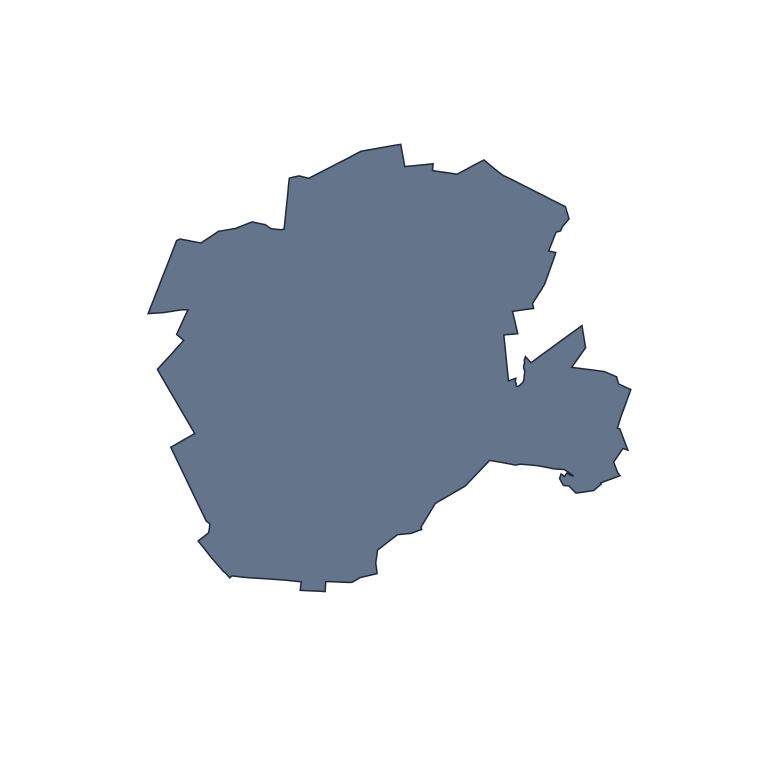 the district of Vectilžas pag., Balvu, Latvia, rotated 209°
{"feature_id": "27541924B22199662205944", "entity_name": "Vectilžas pag.", "entity_type": "district", "adm_level": 2, "iso_a3": "LVA", "parent_name": "Latvia", "parent_adm1": "Balvu", "projection": "albers", "projection_center": [27.36, 56.987], "detail": "fine", "context": "isolated", "style": "filled", "palette": "slate", "viewbox_px": 768, "rotation_deg": 209, "n_neighbors": 0, "source": "geoboundaries", "source_scale": "gbopen_adm2", "svg_char_len": 5643}
<svg xmlns="http://www.w3.org/2000/svg" viewBox="0 0 768 768"><g transform="rotate(209 384 384)"><path d="M563.4,510.4L563.3,510.2L561.2,505.6L559.0,500.5L556.4,494.2L551.6,483.1L546.6,471.3L546.4,470.9L547.1,470.6L547.6,470.1L548.4,469.3L548.7,469.1L549.8,468.6L553.3,467.1L554.0,466.8L554.4,466.7L554.8,466.5L556.3,465.8L557.8,465.2L558.0,465.1L558.3,465.1L558.5,465.1L560.8,465.3L563.0,465.6L565.4,465.8L566.5,465.3L571.8,463.7L577.8,461.9L578.2,461.6L579.6,459.9L580.8,458.4L582.0,456.9L582.4,456.4L582.8,455.9L583.6,455.0L584.4,454.1L585.7,452.4L587.1,450.8L588.3,449.3L589.5,447.8L591.6,446.3L592.8,445.3L600.9,438.7L602.7,437.5L607.1,428.8L608.2,426.7L609.4,424.5L610.4,422.6L611.4,420.7L611.8,419.8L612.3,418.8L612.3,418.7L612.5,418.6L617.0,417.1L619.0,416.4L621.1,415.7L622.6,415.2L624.1,414.8L625.3,414.4L626.5,414.0L628.5,413.3L630.6,412.6L631.5,412.4L632.3,412.1L632.6,411.9L633.3,411.1L634.0,410.2L634.4,409.6L634.9,409.0L634.9,408.8L634.9,408.6L634.4,404.8L633.8,401.0L633.8,400.8L633.8,400.5L632.5,391.6L631.3,382.8L631.3,382.6L631.2,382.4L630.8,379.1L630.4,375.7L630.2,374.5L630.0,373.4L630.0,373.1L630.0,372.8L629.8,371.1L629.6,369.5L629.3,367.4L629.0,365.4L628.8,363.9L628.6,362.3L628.1,359.3L627.6,356.2L627.7,355.8L627.7,355.3L626.4,346.3L626.1,343.9L625.0,335.0L624.6,334.6L624.8,334.4L624.6,332.8L624.4,331.2L621.0,333.4L617.6,335.6L614.6,337.5L611.5,339.5L609.9,340.8L608.2,342.1L605.4,344.2L602.7,346.4L599.9,348.5L597.0,350.7L596.5,351.0L596.0,351.4L593.9,352.5L591.7,353.6L591.4,353.8L591.2,353.8L591.3,353.6L591.4,353.3L591.3,352.7L591.3,352.1L591.2,349.6L591.0,347.2L590.7,343.2L590.4,339.2L589.9,333.0L589.4,326.8L584.8,325.9L580.3,325.0L583.3,312.6L584.0,308.4L585.9,301.2L588.8,289.0L589.3,287.0L582.2,282.6L567.6,273.9L555.3,266.6L541.4,258.3L525.5,248.9L532.4,237.6L539.8,225.3L531.4,219.3L515.7,208.2L501.0,197.7L485.3,186.6L473.0,177.9L468.6,177.3L468.4,177.2L466.6,172.8L465.3,168.7L467.9,162.6L470.5,156.6L467.7,155.4L460.8,152.7L459.7,152.2L455.5,150.4L450.8,148.4L449.4,147.9L443.7,145.8L438.4,143.9L434.8,142.6L433.6,142.2L432.0,141.9L431.4,141.9L430.6,141.7L424.9,139.6L424.7,140.2L423.9,142.5L413.3,146.8L405.4,150.4L390.3,157.6L384.2,160.4L375.0,164.7L360.5,170.8L359.1,167.4L357.3,162.9L355.0,164.0L345.7,168.6L340.8,171.1L334.8,173.9L339.1,182.9L335.5,184.9L318.7,193.3L315.7,195.1L314.2,197.6L311.0,203.1L298.1,214.8L300.6,218.3L304.5,223.5L306.3,228.4L309.1,235.6L307.9,238.4L303.3,249.2L299.1,258.8L287.7,266.6L287.1,267.4L285.5,269.2L285.4,269.4L284.8,270.0L284.2,270.7L283.4,271.7L282.6,272.8L281.5,273.9L280.4,275.0L281.3,275.7L282.2,276.4L282.2,277.3L282.2,278.3L282.2,278.9L282.2,279.5L281.8,288.2L281.6,294.2L281.4,299.6L281.2,304.3L280.1,306.4L266.0,329.9L263.5,334.1L262.5,337.9L260.4,346.1L257.6,356.8L255.5,364.6L254.7,368.3L249.4,370.2L244.1,372.1L232.9,375.8L230.0,376.7L225.8,380.0L216.6,384.2L209.2,387.3L198.4,390.9L194.5,392.1L194.1,392.2L184.8,396.6L184.3,396.6L173.5,395.4L175.2,394.8L181.0,394.6L181.2,392.3L181.2,392.0L181.2,390.6L185.5,391.2L184.6,386.4L177.9,382.2L172.8,384.5L169.5,383.5L166.8,382.7L163.2,381.6L161.8,382.7L159.2,384.6L153.7,388.8L148.8,392.6L147.3,397.0L147.2,397.2L145.9,400.8L145.5,401.7L146.5,402.4L144.4,405.1L144.4,405.3L144.1,405.4L133.1,418.2L136.8,419.9L145.3,427.1L144.2,438.9L143.8,443.4L138.6,444.4L150.4,454.3L156.0,459.1L158.5,458.5L159.2,462.3L160.4,467.7L160.9,470.0L161.6,474.7L162.8,482.6L163.8,488.6L164.8,495.1L165.3,498.0L165.4,498.8L178.6,497.8L179.6,498.5L184.1,503.1L186.3,502.8L188.3,502.7L189.6,502.5L197.3,501.7L205.8,498.4L220.3,492.6L227.9,489.5L225.9,508.0L225.2,513.4L231.7,521.6L239.2,531.1L243.5,521.9L247.6,513.2L247.7,512.9L248.7,510.9L255.3,496.5L258.5,489.6L259.8,486.9L261.4,483.4L264.1,477.3L265.8,473.9L273.5,476.5L273.4,475.8L273.5,475.7L273.3,475.3L273.1,474.4L273.1,473.4L273.0,472.8L272.1,471.9L271.7,471.3L271.2,470.0L270.9,468.6L270.6,467.9L269.9,466.1L269.5,465.4L268.4,464.8L267.5,463.7L266.4,462.2L266.2,461.4L265.7,460.0L265.4,459.1L264.8,458.0L264.1,456.9L263.9,456.0L263.8,455.3L263.4,453.8L263.4,453.3L263.5,451.8L263.7,451.1L264.1,450.5L264.4,449.5L264.5,449.1L264.7,448.8L264.7,448.5L264.8,448.2L265.3,447.5L266.1,446.7L267.0,446.4L267.7,446.6L268.4,447.6L268.5,448.5L268.9,448.9L269.8,449.2L270.4,449.7L270.9,451.3L271.0,451.9L271.5,453.0L276.6,447.1L285.5,459.8L294.7,473.1L303.0,485.0L291.4,492.8L301.3,503.8L306.8,509.8L297.2,517.1L289.7,522.6L289.9,522.8L293.1,526.3L292.6,536.0L292.0,543.4L292.1,544.2L292.1,544.4L291.9,549.2L293.8,561.0L294.4,564.3L294.8,567.2L295.3,570.1L295.9,573.7L296.5,577.3L297.0,579.8L297.5,582.2L301.0,581.2L304.5,580.2L306.0,591.8L307.1,600.2L303.8,603.4L304.2,608.2L303.1,613.6L302.2,618.1L308.3,624.1L311.2,627.0L328.7,626.3L340.6,626.0L340.6,625.9L347.3,625.7L352.5,625.5L354.4,625.4L357.0,625.3L359.7,625.2L368.1,624.9L371.4,624.8L379.2,624.3L380.0,624.3L382.5,624.2L382.9,624.4L383.5,624.5L384.6,624.6L384.8,624.6L394.3,626.3L405.3,628.4L409.3,622.2L411.0,619.8L413.3,616.2L416.0,611.8L421.8,602.9L430.2,599.8L433.7,598.5L433.6,598.4L437.3,597.1L441.4,595.5L445.1,594.3L447.8,600.4L450.6,598.5L454.6,595.7L458.4,593.1L465.8,587.9L468.0,586.6L469.6,585.4L471.2,584.2L473.6,587.2L476.1,590.2L479.3,594.1L482.5,598.0L484.0,599.9L485.5,601.8L488.0,599.8L490.6,597.8L493.2,595.7L495.8,593.6L502.2,588.4L505.8,585.5L508.6,583.2L511.7,580.7L516.9,576.5L518.6,573.9L520.2,571.6L523.5,566.4L524.4,565.0L528.1,559.4L529.9,556.8L531.3,554.7L536.5,546.9L538.0,544.7L539.0,543.2L540.0,541.8L540.2,541.4L549.6,527.4L549.8,527.4L550.0,527.3L554.6,526.1L559.1,524.9L562.0,522.4L563.6,521.0L566.6,518.1L563.4,510.4Z" fill="#64748b" stroke="#1e293b" stroke-width="1.5"/></g></svg>